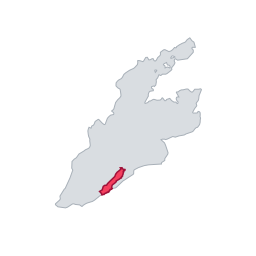 location of Issyk Kul, Ysyk-Köl, Kyrgyzstan, rotated 144°
{"feature_id": "92254566B19952550744366", "entity_name": "Issyk Kul", "entity_type": "district", "adm_level": 2, "iso_a3": "KGZ", "parent_name": "Kyrgyzstan", "parent_adm1": "Ysyk-Köl", "projection": "albers", "projection_center": [77.461, 42.683], "detail": "fine", "context": "in_parent", "style": "filled", "palette": "rose", "viewbox_px": 256, "rotation_deg": 144, "n_neighbors": 0, "source": "geoboundaries", "source_scale": "gbopen_adm2", "svg_char_len": 5179}
<svg xmlns="http://www.w3.org/2000/svg" viewBox="0 0 256 256"><g transform="rotate(144 128 128)"><path d="M57.9,149.8L58.6,149.4L60.6,149.2L64.5,149.1L65.9,149.4L68.5,151.3L70.5,151.2L70.9,151.5L71.6,152.9L74.6,151.1L76.8,150.6L78.0,148.6L80.3,146.4L82.3,146.1L82.3,146.5L82.6,146.9L84.5,147.6L85.2,147.0L85.5,146.1L84.9,144.7L85.0,144.1L85.6,143.3L88.7,144.8L89.4,144.8L90.8,144.1L92.2,142.9L92.7,141.9L99.2,138.9L99.7,138.3L99.7,137.8L97.0,136.9L95.8,137.3L94.7,137.2L94.1,136.7L90.9,136.3L90.2,136.0L88.2,133.4L85.6,131.7L84.3,131.7L82.8,132.3L82.3,132.0L82.3,129.7L82.1,128.3L81.2,127.9L80.0,128.4L76.8,127.4L76.6,124.5L75.6,121.9L74.0,120.8L74.0,119.3L73.5,118.6L72.9,118.8L72.2,119.5L72.4,121.2L72.1,122.8L71.6,123.6L70.8,124.2L70.0,124.2L68.6,123.2L68.0,128.3L67.7,128.6L66.0,127.7L64.6,127.9L62.5,127.5L61.0,126.5L58.0,125.3L56.6,124.3L56.0,120.8L55.3,119.5L54.5,119.2L51.2,120.1L48.0,117.8L46.4,117.2L46.0,116.5L46.1,115.8L51.5,112.4L53.7,110.0L55.0,109.0L58.3,108.0L59.2,105.7L59.5,105.5L62.8,104.5L66.5,102.7L66.6,102.1L66.3,101.6L63.2,99.5L61.5,100.2L60.6,99.0L60.7,97.9L62.0,96.0L62.9,95.1L63.5,93.3L64.8,92.1L66.3,90.2L68.1,88.7L71.2,87.7L72.8,88.2L74.4,88.0L76.9,87.2L78.4,87.2L84.5,89.1L86.6,89.3L91.3,91.6L95.1,92.8L96.8,94.8L102.9,96.0L104.5,96.6L105.1,97.6L106.8,98.8L108.2,99.1L107.2,94.5L107.8,91.8L110.1,84.5L111.1,83.5L116.2,81.6L117.4,80.1L120.9,80.3L121.6,80.0L122.1,79.2L132.8,86.0L136.9,88.0L142.7,89.8L147.5,90.5L148.4,90.1L150.4,87.6L151.3,87.5L163.4,88.1L172.1,86.9L173.3,86.9L176.6,88.4L186.8,88.8L190.8,89.7L197.2,89.3L199.9,89.5L204.8,91.2L206.5,91.6L209.7,91.8L210.9,91.5L211.6,91.9L212.3,94.2L215.4,97.0L216.5,98.6L217.6,99.2L223.4,99.5L225.5,100.1L231.0,105.4L231.8,108.6L231.2,109.3L225.6,109.9L224.4,110.4L223.1,112.9L215.5,116.0L214.4,116.0L204.3,121.7L197.4,126.4L197.1,128.6L193.0,133.8L189.9,134.4L187.2,134.3L182.9,135.8L177.3,135.3L175.4,135.4L171.8,134.7L170.3,135.0L168.7,136.1L166.5,140.1L165.7,141.0L165.2,142.0L164.9,143.9L164.0,146.0L162.2,149.2L160.6,150.6L159.1,151.5L158.0,149.6L156.1,150.9L154.3,150.6L153.2,151.0L150.7,152.6L147.0,152.5L146.6,151.9L146.0,147.2L145.4,145.0L144.9,144.5L144.2,144.5L138.9,148.0L136.4,148.5L134.4,148.6L131.8,147.4L131.2,147.7L130.8,148.3L130.6,149.0L131.3,151.1L131.0,151.5L129.8,151.4L128.2,151.8L123.0,155.9L119.7,156.9L116.7,157.3L114.9,158.0L113.9,159.5L111.7,163.8L111.8,164.8L112.5,166.0L113.0,168.7L112.8,169.4L111.1,171.5L109.1,172.1L107.4,172.3L104.4,171.9L102.8,172.3L99.8,173.8L97.4,174.0L92.8,173.8L88.4,172.9L86.9,173.0L83.0,173.8L81.5,175.3L80.7,176.7L80.3,176.8L78.8,175.4L77.0,173.0L76.0,173.0L72.3,174.6L71.8,174.5L70.8,173.8L71.1,170.9L70.1,170.2L67.7,169.9L66.9,169.2L67.3,167.4L67.1,166.7L66.5,166.1L65.2,166.2L62.6,167.5L59.6,167.8L58.6,168.3L57.3,170.2L53.3,170.3L52.1,169.7L50.0,165.8L48.0,165.1L45.9,165.1L43.0,165.8L42.4,164.9L41.7,164.6L41.0,165.2L37.6,165.1L34.1,164.6L32.1,164.0L30.8,163.9L28.2,164.7L25.0,164.6L25.0,161.1L24.2,158.7L25.6,154.9L26.2,153.7L28.4,155.4L29.3,155.2L29.6,154.5L29.4,152.7L30.7,150.9L39.2,149.1L48.0,153.7L49.0,156.2L49.8,156.2L51.2,155.2L51.7,153.1L53.6,152.1L57.6,151.0L57.9,149.8ZM62.0,158.6L62.2,158.3L61.6,156.4L62.7,154.8L60.8,154.4L59.9,153.8L59.0,152.1L58.7,152.0L58.1,152.4L57.7,153.5L57.9,154.7L59.1,155.9L58.3,158.3L61.0,158.8L62.0,158.6ZM52.3,159.6L52.3,159.0L51.6,158.8L48.3,157.8L48.3,158.3L49.5,160.2L50.5,160.4L52.3,159.6ZM72.9,158.0L73.2,156.9L71.1,157.4L70.8,157.9L71.5,158.7L72.4,159.0L72.9,158.0Z" fill="#d9dde1" stroke="#a8b0b8" stroke-width="1"/><path d="M154.9,95.9L154.9,96.4L156.2,97.0L156.2,99.4L157.6,100.3L157.7,99.0L160.2,98.7L162.8,98.6L165.1,97.9L167.2,96.5L174.4,95.5L177.4,95.0L178.9,94.3L180.6,95.3L182.3,95.3L185.3,93.1L188.3,93.4L188.0,91.1L188.4,89.2L188.2,89.1L187.9,89.0L187.7,89.0L187.4,89.1L187.2,89.1L187.0,88.9L187.0,88.7L186.9,88.6L186.7,88.6L186.6,88.4L186.4,88.3L186.2,88.4L186.2,88.5L185.9,88.5L185.7,88.5L185.4,88.5L185.2,88.5L184.9,88.6L184.7,88.4L184.4,88.3L184.2,88.4L183.9,88.3L183.7,88.3L183.6,88.2L183.5,88.3L183.4,88.3L183.2,88.3L182.9,88.3L182.8,88.2L182.7,88.2L182.4,88.0L182.5,87.9L182.4,87.8L182.3,87.7L182.2,87.7L182.1,87.8L181.9,87.8L181.7,87.9L181.7,88.0L181.4,88.0L181.2,88.1L180.9,87.9L180.9,87.7L180.7,87.8L180.6,88.0L180.4,88.0L180.2,88.1L179.9,88.0L179.7,88.1L179.5,88.3L179.4,88.3L179.2,88.4L179.1,88.5L178.9,88.5L178.7,88.7L178.4,88.6L178.2,88.5L178.2,88.4L177.9,88.4L177.7,88.3L177.7,88.5L177.5,88.4L177.4,88.4L177.2,88.4L176.9,88.4L176.6,88.3L176.3,88.3L176.2,88.5L176.3,88.9L176.4,89.1L176.4,89.3L174.7,90.9L174.5,91.0L174.0,91.1L173.7,91.2L172.7,91.2L171.1,91.2L169.0,91.5L168.7,92.1L164.9,91.7L164.7,91.8L164.2,91.8L163.9,91.7L163.5,91.8L163.3,91.7L163.0,91.6L162.9,91.5L162.7,91.5L162.4,91.7L162.4,91.8L162.5,92.0L162.4,92.1L162.0,92.1L161.9,92.1L161.7,92.3L161.4,92.4L161.2,92.4L160.8,92.3L160.7,92.5L160.4,92.8L160.2,92.9L160.0,93.0L159.9,93.1L159.7,93.3L159.3,93.4L159.2,93.6L159.0,93.8L158.8,93.9L158.6,94.1L158.4,94.4L158.1,94.6L157.9,94.6L157.7,94.7L157.6,94.8L157.5,95.0L157.5,95.3L157.5,95.5L157.3,95.7L157.1,95.7L156.9,95.7L156.2,95.5L155.8,95.5L155.6,95.6L155.4,95.7L155.2,95.7L154.9,95.9Z" fill="#f43f5e" stroke="#9f1239" stroke-width="1.5"/></g></svg>